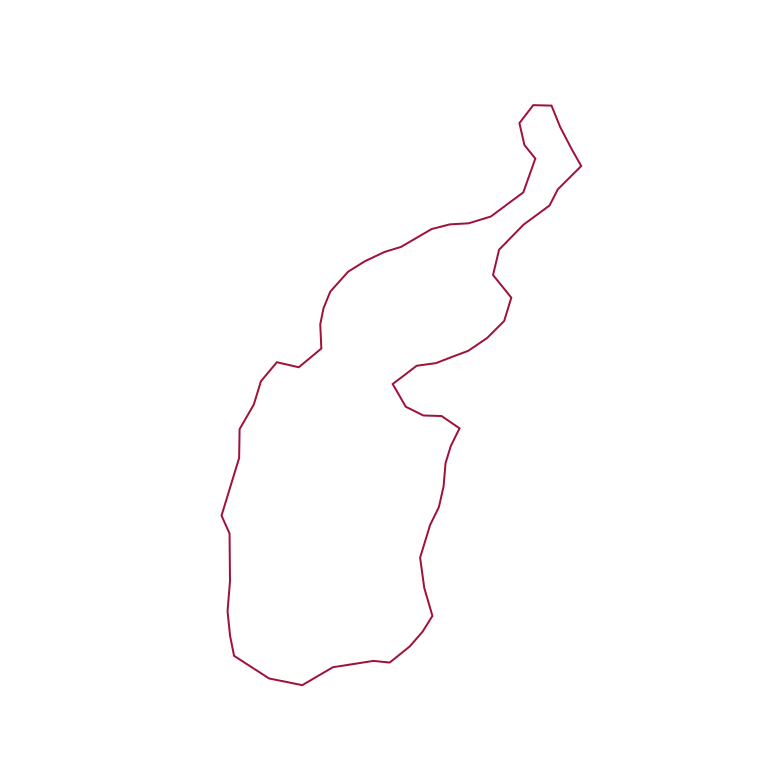 outline of Kontea, Cyprus, rotated 17°
{"feature_id": "46923920B33893861397598", "entity_name": "Kontea", "entity_type": "district", "adm_level": 2, "iso_a3": "CYP", "parent_name": "Cyprus", "parent_adm1": "", "projection": "natural_earth1", "projection_center": [33.731, 35.111], "detail": "fine", "context": "isolated", "style": "outline", "palette": "rose", "viewbox_px": 768, "rotation_deg": 17, "n_neighbors": 0, "source": "geoboundaries", "source_scale": "gbopen_adm2", "svg_char_len": 976}
<svg xmlns="http://www.w3.org/2000/svg" viewBox="0 0 768 768"><g transform="rotate(17 384 384)"><path d="M462.8,68.8L445.2,73.7L437.2,94.9L448.4,114.4L462.8,124.2L461.2,160.0L451.6,173.0L437.2,192.6L417.9,205.6L400.3,212.1L384.2,221.9L360.2,247.9L345.7,257.7L329.7,272.3L316.9,287.0L305.6,311.4L304.0,329.3L305.6,345.6L313.7,368.4L297.6,392.9L275.2,394.5L265.5,417.3L265.5,441.7L259.1,469.4L267.1,497.1L267.1,533.0L267.1,557.4L280.0,572.1L294.4,617.7L300.8,647.0L310.4,669.8L320.1,687.8L360.2,699.2L393.9,695.9L417.9,669.8L454.8,651.9L470.9,648.7L485.3,627.5L493.3,609.6L498.1,591.6L482.1,567.2L469.3,539.5L469.3,505.3L472.5,485.7L470.9,464.5L466.0,441.7L466.0,423.8L469.2,404.3L448.4,397.8L430.8,402.6L411.5,399.4L392.3,381.5L409.9,357.0L427.5,348.9L442.0,337.5L454.8,327.7L469.2,309.8L480.5,288.6L480.5,264.2L456.4,247.9L454.8,221.9L470.8,190.9L490.1,164.9L493.3,147.0L508.9,117.9L494.9,104.6L477.3,86.7L462.8,68.8Z" fill="none" stroke="#9f1239" stroke-width="2"/></g></svg>